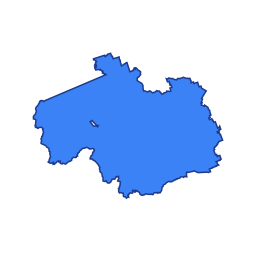 Baw Baw, Victoria, Australia, rotated 242°
{"feature_id": "25037944B5488167520198", "entity_name": "Baw Baw", "entity_type": "district", "adm_level": 2, "iso_a3": "AUS", "parent_name": "Australia", "parent_adm1": "Victoria", "projection": "albers", "projection_center": [146.104, -37.97], "detail": "fine", "context": "isolated", "style": "filled", "palette": "blue", "viewbox_px": 256, "rotation_deg": 242, "n_neighbors": 0, "source": "geoboundaries", "source_scale": "gbopen_adm2", "svg_char_len": 5802}
<svg xmlns="http://www.w3.org/2000/svg" viewBox="0 0 256 256"><g transform="rotate(242 128 128)"><path d="M61.6,112.3L61.5,112.9L60.0,114.6L59.1,116.4L58.6,116.9L58.5,117.9L57.5,118.6L57.6,119.2L58.4,120.3L58.5,121.1L57.6,122.2L57.5,123.3L56.4,123.7L56.7,124.9L56.2,125.1L55.7,125.9L57.2,128.5L59.0,129.7L60.1,130.9L59.9,131.4L61.2,132.7L61.0,134.3L61.7,136.6L61.7,138.9L60.3,140.5L60.5,141.1L60.0,141.8L60.3,143.3L60.0,143.6L60.4,145.0L60.1,145.1L59.9,145.8L60.4,146.8L59.8,147.3L60.1,148.3L59.6,149.3L59.7,150.1L59.5,150.4L59.9,151.0L59.9,152.3L59.6,153.0L58.3,153.9L58.7,155.1L57.3,157.0L58.9,157.5L61.4,158.9L60.5,160.4L58.9,166.4L55.7,168.9L51.9,177.1L51.0,178.0L50.7,180.4L53.6,180.6L53.1,183.9L53.4,183.9L52.8,187.8L53.2,187.7L52.8,190.6L53.9,190.1L56.0,190.4L56.9,190.0L56.3,194.3L56.9,194.4L56.8,195.6L61.3,196.3L60.8,196.0L60.9,195.2L61.4,194.2L61.0,193.5L63.1,193.8L63.3,192.6L68.1,193.3L68.3,194.4L68.9,194.3L70.1,194.9L70.5,195.6L70.2,195.9L70.8,197.0L70.7,197.3L70.9,198.1L71.5,199.0L71.8,199.0L71.7,199.6L72.7,200.6L72.8,201.3L73.4,202.0L72.8,205.8L78.9,206.6L79.0,206.1L81.3,206.4L81.5,204.8L82.8,204.9L82.7,207.6L83.7,207.7L83.4,209.3L86.6,209.8L85.6,208.2L85.8,208.0L85.8,207.1L92.5,208.0L92.7,206.4L94.8,206.6L94.8,206.1L96.8,206.4L97.1,203.8L99.0,204.1L98.8,205.5L100.7,205.8L100.5,207.3L104.0,207.8L104.8,208.4L107.0,207.7L107.4,208.1L108.8,208.2L112.2,206.4L111.4,205.7L113.9,203.5L115.5,205.3L115.8,204.3L118.6,207.4L119.6,206.9L124.1,214.5L128.5,211.7L130.7,212.1L131.0,210.1L135.7,210.9L136.3,207.1L137.9,207.4L138.3,204.9L140.5,205.9L140.8,205.6L142.8,206.0L143.2,204.8L143.8,204.3L144.5,202.6L146.7,200.9L147.4,196.6L147.9,196.2L148.4,195.1L147.7,193.4L149.5,191.3L150.6,190.8L151.2,189.9L151.3,189.3L152.8,187.8L153.1,187.1L152.6,186.3L152.6,185.8L153.5,185.0L150.3,184.5L150.2,185.1L149.3,185.9L149.4,186.2L147.5,185.9L147.6,185.5L145.9,185.2L145.7,186.2L143.2,185.8L143.6,183.8L140.4,183.2L140.7,181.8L141.5,181.1L141.7,180.5L142.4,179.5L141.7,179.1L141.8,176.4L142.1,176.3L141.7,174.1L142.6,173.5L144.0,173.6L144.5,173.0L145.4,173.2L146.0,172.9L146.7,171.6L147.5,171.0L147.1,168.9L146.8,168.3L147.5,167.1L147.4,166.4L148.2,165.8L150.1,165.1L150.8,164.2L150.4,162.5L152.9,160.2L153.4,159.2L156.3,160.0L158.2,161.1L160.1,161.2L161.2,161.0L163.6,159.4L165.8,158.4L167.9,159.8L168.1,160.6L167.9,161.2L169.3,164.3L169.9,164.3L171.6,165.5L173.5,164.8L174.3,164.1L177.1,163.5L177.9,162.6L178.0,161.6L177.4,160.9L177.0,161.3L177.5,161.4L177.8,162.1L176.9,162.3L176.9,161.9L176.5,161.7L176.8,161.1L176.7,159.3L176.6,158.9L176.3,159.0L176.8,156.1L186.3,157.8L186.5,156.9L186.0,156.6L186.4,154.8L185.9,154.1L186.1,152.2L185.8,151.5L187.1,151.5L188.0,152.0L189.4,152.1L191.1,152.8L191.1,152.6L192.9,152.7L194.9,153.5L196.1,147.4L198.8,147.9L199.2,147.2L202.1,147.7L202.7,144.4L201.8,143.7L202.2,142.7L201.7,141.6L201.8,141.3L203.2,141.5L205.3,130.0L204.3,129.6L203.9,130.3L202.6,130.9L202.5,131.3L201.9,131.0L201.2,131.3L201.0,130.1L200.0,129.4L199.6,128.5L199.1,128.5L199.4,129.2L199.3,129.6L197.9,129.4L198.2,129.1L198.0,128.8L198.3,127.6L197.7,127.7L196.8,127.0L196.3,128.1L195.9,127.6L196.0,127.2L195.7,126.8L194.3,126.8L193.5,129.4L193.0,130.1L192.4,130.3L192.6,131.2L191.7,131.2L190.8,131.7L190.5,132.2L190.1,131.8L189.6,132.3L188.9,132.1L188.8,131.3L188.5,131.2L188.5,131.7L187.0,132.2L186.9,133.0L185.4,133.6L191.2,67.2L190.8,66.3L190.9,65.9L191.6,65.9L192.7,64.9L192.5,64.2L193.2,63.6L192.6,62.0L191.7,61.8L191.3,60.4L190.8,60.0L190.0,58.5L189.8,57.2L188.8,55.9L188.1,55.3L185.8,55.0L183.5,52.4L183.3,51.2L182.4,49.7L181.2,49.3L180.5,48.8L178.9,50.4L178.1,50.4L174.4,47.9L173.6,46.9L172.9,47.6L172.0,47.4L171.8,46.9L171.1,48.0L170.2,47.9L170.0,48.2L170.1,49.7L169.8,50.9L168.7,52.3L167.2,52.6L166.7,51.9L166.2,52.2L165.1,51.5L163.5,51.3L162.7,49.9L161.2,49.0L161.1,47.9L160.3,47.8L159.2,46.0L157.5,45.9L156.2,44.6L155.1,44.0L151.1,47.1L149.0,47.4L147.7,48.3L146.5,48.3L145.7,48.1L144.9,47.5L143.5,47.6L143.4,47.9L141.7,46.8L138.6,45.9L138.3,45.0L136.8,43.4L135.7,42.8L135.7,41.9L135.4,41.5L133.6,42.6L133.1,43.5L132.8,44.6L132.5,44.7L132.9,45.8L132.2,45.9L131.1,45.0L131.0,45.8L130.5,46.1L131.2,47.8L131.0,48.2L131.7,49.8L131.6,51.1L130.6,50.9L130.5,52.7L130.0,52.6L129.1,51.6L127.9,52.1L127.1,53.2L127.4,54.2L125.6,55.7L125.4,56.6L125.9,57.8L126.2,60.3L125.8,61.1L125.9,63.0L127.3,64.2L127.7,66.2L126.6,67.6L126.4,68.6L127.1,69.5L126.9,70.3L127.9,70.3L128.5,71.4L129.1,71.5L129.5,72.1L129.3,72.6L129.6,73.7L130.5,74.9L130.7,76.8L131.1,77.1L131.3,78.6L130.8,79.4L130.4,81.5L130.5,81.9L130.2,82.6L129.3,83.3L127.6,84.1L127.5,84.8L126.8,85.4L126.8,86.5L126.1,87.7L125.2,87.9L124.8,87.7L124.6,88.0L123.9,87.7L123.1,86.4L123.2,85.4L121.7,84.6L120.8,83.3L120.7,82.1L120.2,81.9L119.5,80.7L118.3,80.1L117.5,81.7L116.9,82.2L115.8,82.1L115.5,82.7L114.7,83.0L114.5,83.4L109.4,84.6L108.5,84.4L106.4,84.7L106.0,84.1L104.9,83.4L103.3,83.3L102.6,82.7L101.0,83.4L99.4,83.4L97.4,82.5L96.3,82.8L92.8,81.1L91.5,82.6L91.6,84.0L89.3,84.0L88.2,85.4L88.3,87.2L90.2,90.0L89.1,92.2L89.3,92.9L90.7,94.8L90.7,95.1L89.9,95.4L89.8,96.9L87.8,96.1L86.1,94.0L84.9,95.1L84.6,95.8L83.9,96.0L82.0,94.5L81.4,94.4L80.3,92.9L79.7,92.8L79.3,91.8L79.2,92.0L78.6,91.7L77.6,90.5L75.5,89.8L74.5,90.1L74.4,91.3L73.1,92.3L72.8,93.1L71.2,92.6L70.3,92.0L69.3,92.1L68.4,93.5L66.8,93.7L67.0,94.7L66.6,96.2L68.3,96.2L68.4,96.9L69.1,96.9L69.2,98.3L69.6,98.4L69.7,99.2L68.4,101.3L68.5,101.8L69.7,102.7L70.4,102.4L70.8,103.2L69.7,103.9L69.6,104.7L69.1,104.1L68.3,103.8L68.0,104.5L68.6,106.0L68.4,106.7L67.9,106.4L67.4,106.6L66.5,107.6L65.1,107.8L63.9,107.5L62.4,108.3L61.6,109.5L61.7,110.5L61.2,111.5L61.6,112.3ZM143.3,100.9L144.0,102.5L145.4,99.0L146.7,98.2L150.2,97.8L150.6,97.4L151.4,97.7L151.2,98.6L151.6,99.6L145.0,101.5L144.2,102.8L143.4,101.9L143.3,100.9Z" fill="#3b82f6" stroke="#1e3a8a" stroke-width="1.5"/></g></svg>